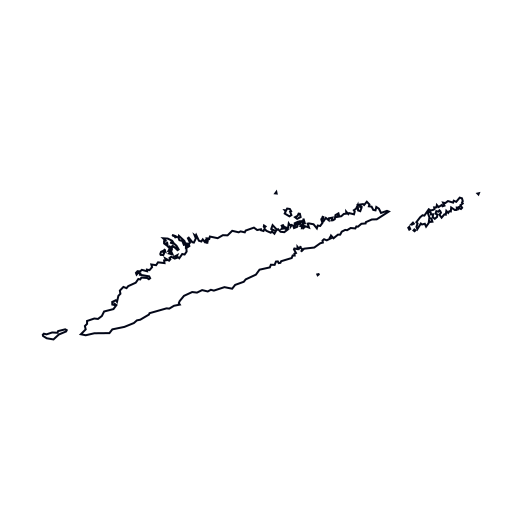 Kepulauan Yapen, Papua, Indonesia (Robinson projection), rotated 150°
{"feature_id": "22746128B96094928872069", "entity_name": "Kepulauan Yapen", "entity_type": "district", "adm_level": 2, "iso_a3": "IDN", "parent_name": "Indonesia", "parent_adm1": "Papua", "projection": "robinson", "projection_center": [135.942, -1.72], "detail": "fine", "context": "isolated", "style": "outline", "palette": "ink", "viewbox_px": 512, "rotation_deg": 150, "n_neighbors": 0, "source": "geoboundaries", "source_scale": "gbopen_adm2", "svg_char_len": 6114}
<svg xmlns="http://www.w3.org/2000/svg" viewBox="0 0 512 512"><g transform="rotate(150 256 256)"><path d="M133.1,227.4L118.8,228.1L120.0,229.6L126.2,230.8L125.9,235.5L127.3,238.3L129.7,235.8L131.4,237.3L131.2,240.9L133.4,242.6L132.0,243.9L132.9,247.6L136.9,246.1L137.3,247.4L141.5,249.1L140.2,246.3L141.2,246.3L140.5,245.0L143.3,242.7L144.8,244.4L142.6,249.1L145.7,246.9L148.4,246.7L148.3,245.1L150.3,243.1L153.9,246.6L155.1,246.1L155.7,249.3L156.6,247.5L158.9,248.5L162.2,247.8L166.3,249.3L163.7,250.1L163.3,251.7L166.7,251.7L169.4,248.5L171.7,248.5L172.8,249.1L170.6,251.0L174.0,252.2L175.1,250.5L176.5,254.1L180.2,252.3L181.3,254.1L182.0,251.4L185.4,249.9L187.3,251.5L189.5,249.5L190.3,254.7L193.9,257.8L195.1,258.2L195.9,254.1L198.2,256.9L201.2,256.4L201.1,257.4L202.2,257.4L201.5,258.5L202.5,259.7L200.7,259.9L199.3,258.4L199.3,261.9L197.3,260.2L196.2,264.6L197.6,262.7L200.8,264.2L201.6,261.8L204.3,262.5L205.8,260.7L209.1,261.2L208.6,263.7L209.6,264.9L210.9,264.3L210.1,265.4L211.3,266.0L211.4,267.8L214.5,264.0L217.1,267.3L217.2,269.2L218.6,269.4L218.8,267.5L220.3,266.7L217.5,265.7L215.7,263.0L219.6,262.5L222.6,264.7L223.5,268.2L224.7,268.1L226.2,274.4L229.3,271.8L226.4,267.6L228.9,266.1L230.0,269.4L231.6,268.8L234.4,272.6L235.0,275.3L237.0,273.9L238.8,275.8L238.4,276.7L242.0,277.9L243.6,281.6L252.2,283.2L253.9,282.1L257.0,285.0L259.2,285.2L264.0,289.7L270.3,288.1L274.3,290.6L280.3,290.6L286.2,295.9L288.1,294.0L289.4,294.5L291.0,292.2L288.9,295.3L290.0,296.0L291.8,291.0L291.8,292.7L293.5,293.2L291.8,293.5L292.0,294.7L293.4,294.0L293.8,297.0L296.1,295.9L297.8,297.8L297.3,304.2L298.3,303.5L298.8,304.7L299.3,301.3L303.1,298.7L304.2,299.7L305.1,305.5L306.1,305.4L306.5,300.5L308.0,300.3L308.8,297.9L312.3,297.8L313.9,294.5L317.1,293.0L318.9,294.6L323.6,292.4L324.0,293.7L327.7,294.4L329.8,297.8L331.9,297.5L331.8,296.0L333.6,295.4L335.8,299.3L336.0,297.3L337.8,298.1L338.8,295.6L344.0,299.5L347.1,298.0L350.9,301.0L351.6,298.3L355.3,297.0L357.2,298.7L357.9,297.2L361.8,301.1L364.0,300.6L366.2,302.1L368.4,301.4L368.7,299.6L366.6,300.3L364.9,298.6L365.8,297.7L358.7,291.8L358.8,289.7L360.4,289.5L361.3,291.4L366.0,294.6L368.0,293.6L369.4,294.9L373.5,293.0L381.7,293.8L384.2,292.9L386.3,295.5L391.2,294.1L392.3,291.1L395.1,290.3L399.3,285.8L399.6,287.8L403.5,288.1L404.7,285.8L402.7,284.0L402.3,285.1L401.4,283.3L406.0,281.3L415.3,283.9L419.5,281.1L424.3,280.5L427.3,282.7L434.8,284.2L436.2,281.7L439.2,280.9L440.2,277.6L446.8,275.8L443.1,272.5L434.6,269.9L421.5,262.5L417.1,264.3L405.4,260.4L395.3,259.0L391.3,259.8L388.1,258.7L378.0,258.8L376.8,259.7L359.7,255.4L357.4,253.8L351.9,253.9L346.3,252.0L346.4,253.8L344.7,255.1L338.3,257.5L329.3,256.7L325.4,253.8L319.7,253.4L315.5,249.4L312.0,249.3L309.8,247.1L298.9,244.8L293.0,239.6L288.5,241.4L279.5,239.8L276.6,240.9L265.4,239.9L259.8,242.4L249.7,239.2L247.5,241.0L244.3,239.0L241.5,241.2L239.8,240.4L239.9,238.5L238.3,237.9L236.8,238.9L226.1,236.4L224.0,238.1L222.3,237.1L221.6,238.8L219.9,238.6L219.8,242.8L219.0,243.3L216.6,241.2L215.5,243.2L215.1,240.8L212.3,242.1L213.5,241.0L212.4,238.8L214.8,237.2L210.7,238.3L201.3,234.2L193.9,234.9L191.4,234.2L190.7,236.1L188.7,236.5L186.9,234.2L182.5,233.9L183.2,235.7L182.4,234.9L180.8,236.2L180.0,232.6L174.4,233.5L172.4,232.4L169.6,234.2L165.7,234.0L164.2,232.8L160.0,232.9L156.2,230.2L154.3,231.4L153.1,230.4L148.6,231.2L144.8,229.4L143.9,230.4L137.4,229.7L133.1,227.4ZM55.0,194.2L53.4,194.7L53.5,197.8L50.7,198.1L50.8,199.4L49.5,200.1L48.8,203.0L50.4,204.7L55.5,202.8L57.1,205.0L58.6,203.7L62.3,207.6L65.6,207.2L67.3,208.7L67.6,205.4L69.6,205.8L69.6,207.3L73.4,207.1L73.9,209.7L75.4,207.9L77.4,209.0L77.8,207.5L79.3,207.3L82.0,208.1L83.0,210.1L90.0,206.8L91.4,208.0L94.4,207.5L100.2,205.1L99.8,203.4L102.5,201.0L102.8,198.6L97.0,201.7L96.5,200.3L93.7,199.5L94.0,196.4L90.0,198.2L88.3,200.4L88.3,198.5L86.1,197.5L85.4,200.7L86.7,201.8L85.7,207.2L84.4,208.2L83.0,206.3L83.7,204.5L81.8,203.6L83.5,201.3L82.6,198.8L79.7,199.3L78.2,201.3L79.4,202.9L77.4,204.7L75.9,203.2L74.3,203.8L74.0,202.6L74.2,201.0L76.5,200.0L76.1,196.4L72.0,197.9L71.0,196.9L68.6,199.9L68.0,197.2L66.1,198.1L65.0,197.2L62.7,200.4L60.8,196.4L59.2,195.6L58.1,197.3L57.5,196.1L57.0,197.1L55.3,196.9L56.3,195.9L55.0,194.2ZM473.1,285.0L466.0,286.6L458.2,285.6L457.0,286.4L457.9,287.9L464.9,289.9L466.3,288.8L470.8,291.7L476.6,292.9L478.6,294.8L480.0,294.4L480.4,293.2L478.4,289.4L473.1,285.0ZM322.0,303.7L320.6,303.2L319.7,304.5L320.5,307.0L323.6,310.5L320.9,309.2L321.0,311.1L323.7,315.2L327.6,317.8L326.6,314.4L328.2,314.8L329.3,312.8L328.2,310.3L327.6,312.0L326.4,311.7L327.6,308.5L327.0,306.3L326.1,307.1L325.9,306.5L326.9,303.6L325.7,303.5L324.3,306.2L323.3,305.4L323.4,307.2L322.0,303.7ZM207.2,273.6L204.9,273.7L204.3,277.3L203.2,277.2L203.2,279.8L205.3,281.5L207.1,280.4L208.3,281.3L208.1,279.7L209.9,278.4L207.2,273.6ZM310.4,299.5L310.3,298.6L309.6,301.4L310.9,302.2L310.5,304.8L312.7,312.1L314.0,310.8L314.4,308.0L312.3,305.9L312.9,301.7L310.8,301.2L312.1,299.0L310.4,299.5ZM335.8,303.2L332.4,305.6L334.4,305.0L334.4,306.2L332.8,306.1L333.1,306.8L336.1,307.1L337.9,305.6L338.0,304.6L335.8,303.2ZM201.8,267.6L197.9,267.4L196.9,270.6L197.9,271.4L199.9,270.0L202.8,270.1L201.8,267.6ZM330.2,301.8L327.5,299.1L327.1,303.1L330.2,301.8ZM207.1,262.8L204.6,264.2L202.6,263.9L202.7,264.7L206.1,265.0L207.1,262.8ZM321.0,300.3L319.7,300.4L319.7,302.7L321.7,302.7L321.0,300.3ZM110.0,204.3L110.1,202.2L108.9,202.3L108.7,204.6L110.0,204.3ZM103.2,205.1L103.4,206.4L105.9,205.7L105.3,205.2L103.2,205.1ZM212.2,208.5L210.1,208.8L212.1,209.4L212.2,208.5ZM106.3,198.2L105.1,198.5L105.6,199.8L106.8,199.4L106.3,198.2ZM323.8,296.1L326.3,296.2L325.0,295.2L323.8,296.1ZM234.5,276.4L233.0,276.8L233.8,278.4L234.6,277.5L234.5,276.4ZM179.4,254.8L178.2,256.0L178.7,256.6L180.5,255.2L179.4,254.8ZM206.4,301.3L208.0,300.6L206.9,299.8L206.4,301.3ZM329.2,304.2L327.5,303.5L327.2,304.2L328.1,304.9L329.2,304.2ZM32.9,199.3L32.6,198.1L31.6,198.9L32.9,199.3ZM316.6,312.5L315.1,312.1L316.7,314.1L316.6,312.5ZM317.6,314.8L316.8,314.7L318.0,316.1L317.6,314.8ZM331.9,306.8L332.6,307.9L332.1,306.1L331.9,306.8Z" fill="none" stroke="#020617" stroke-width="2"/></g></svg>